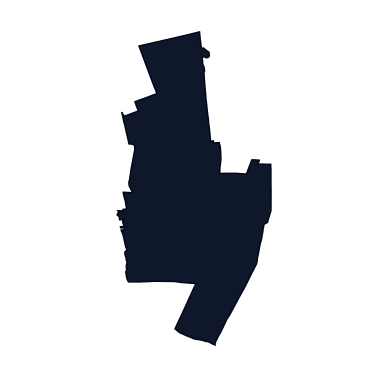 Botosesti-Paia, Dolj, Romania, rotated 257°
{"feature_id": "2599482B11798370536777", "entity_name": "Botosesti-Paia", "entity_type": "district", "adm_level": 2, "iso_a3": "ROU", "parent_name": "Romania", "parent_adm1": "Dolj", "projection": "orthographic", "projection_center": [23.228, 44.408], "detail": "fine", "context": "isolated", "style": "filled", "palette": "ink", "viewbox_px": 384, "rotation_deg": 257, "n_neighbors": 0, "source": "geoboundaries", "source_scale": "gbopen_adm2", "svg_char_len": 5992}
<svg xmlns="http://www.w3.org/2000/svg" viewBox="0 0 384 384"><g transform="rotate(257 192 192)"><path d="M346.3,235.3L346.1,215.0L346.2,173.2L323.9,176.1L302.6,178.9L301.4,179.2L295.7,179.9L292.8,156.7L289.8,157.0L286.7,157.4L283.0,158.0L281.3,145.2L281.2,144.5L281.1,144.0L281.0,143.3L280.9,142.8L281.8,142.9L284.0,141.8L284.3,141.9L284.7,141.9L285.0,141.7L285.7,141.4L283.5,141.5L280.6,141.5L278.8,141.4L277.2,141.4L275.2,141.4L271.7,141.6L269.7,141.5L264.0,141.5L259.0,141.5L255.4,141.5L254.1,141.4L252.9,141.5L252.7,142.9L252.3,143.9L251.8,144.8L251.4,145.5L250.1,146.5L246.3,145.9L244.3,145.0L236.6,141.6L234.3,140.6L227.0,137.4L223.8,136.2L218.4,134.1L217.4,133.6L216.2,132.9L215.6,132.7L215.0,132.6L213.4,132.3L212.2,132.2L210.9,132.5L208.3,133.1L206.5,133.6L204.5,134.3L204.6,134.2L207.2,124.9L206.3,124.8L203.8,124.8L201.5,124.8L198.9,124.9L197.8,125.0L197.0,124.9L194.8,124.7L194.2,124.7L193.8,124.7L192.9,124.7L191.7,124.6L190.3,124.6L190.2,124.4L190.5,120.9L189.0,120.8L190.4,115.6L189.7,115.9L189.1,115.8L188.8,115.6L188.6,115.6L188.4,116.2L188.4,116.4L188.3,116.6L188.2,116.6L188.2,116.3L188.3,116.0L188.3,115.7L188.2,115.3L188.1,115.2L187.9,115.2L187.7,115.2L187.4,114.4L186.9,114.0L186.4,114.0L185.8,114.3L185.5,114.9L184.9,115.2L184.1,115.4L183.1,115.4L181.8,115.4L181.3,115.2L181.1,116.3L181.0,116.7L180.8,117.9L180.7,119.0L180.4,118.7L179.0,117.8L178.0,117.8L177.0,117.8L176.1,117.9L175.4,118.1L174.5,118.1L173.5,118.0L173.8,117.2L174.0,116.2L174.2,114.5L172.9,114.6L172.6,117.9L170.6,117.6L170.7,114.4L169.2,114.6L169.2,115.1L169.1,115.7L168.8,115.8L168.3,115.1L167.7,114.9L166.1,115.1L165.0,115.2L163.9,115.2L163.2,115.2L162.8,115.2L162.3,115.2L161.7,115.2L160.5,115.2L159.8,115.1L159.6,115.2L159.2,115.2L158.8,115.2L158.3,115.2L157.8,115.1L157.3,115.1L156.8,115.1L156.5,115.1L156.0,115.2L155.8,115.2L155.4,115.2L154.8,115.1L154.2,115.1L153.5,115.1L152.8,115.1L152.3,115.2L151.9,115.4L151.4,115.7L151.0,115.9L150.7,115.8L150.2,115.4L149.7,114.6L149.3,114.0L148.8,113.5L148.6,113.2L148.1,113.0L147.5,112.9L146.7,112.7L145.9,112.7L145.5,112.7L145.1,112.8L144.7,112.8L144.2,112.8L143.8,112.8L143.3,113.0L142.8,113.1L142.6,113.0L142.4,112.9L142.0,112.8L141.3,112.7L140.9,112.7L140.5,112.6L140.2,112.7L139.9,112.8L139.6,112.9L139.4,113.1L139.1,113.3L138.9,113.4L138.7,113.4L138.6,113.2L138.4,113.0L138.1,112.7L137.7,112.6L137.2,112.5L136.9,112.4L136.6,112.2L136.2,111.9L134.9,111.5L134.1,111.3L133.2,111.1L132.6,111.0L131.8,110.9L131.1,110.7L130.4,110.6L129.5,110.3L129.0,110.1L129.0,109.8L129.1,109.5L128.0,109.4L127.6,109.4L126.9,109.4L126.4,109.3L125.3,109.2L124.8,109.2L124.1,109.1L123.4,109.1L122.7,109.1L122.3,109.2L121.8,109.2L121.5,109.2L121.1,109.3L120.8,109.4L120.5,109.5L120.3,109.5L119.9,109.6L119.6,109.6L119.4,109.6L119.2,109.7L118.9,109.8L118.7,110.0L118.6,110.3L118.5,110.5L118.5,110.9L118.4,111.4L118.2,112.1L118.0,112.8L117.8,113.9L117.6,114.6L117.5,115.2L117.3,115.9L117.2,116.5L117.0,117.3L116.8,118.1L116.7,118.8L116.5,119.4L116.4,119.9L116.2,120.5L116.1,120.9L116.1,121.2L116.0,121.6L115.9,122.3L115.9,122.8L115.7,123.3L115.6,124.1L115.5,124.7L115.2,125.9L115.1,126.5L115.0,126.9L114.9,127.4L114.8,127.7L114.8,127.8L113.7,134.4L108.9,154.3L106.0,162.1L104.1,168.2L101.9,175.2L101.6,175.1L100.7,174.3L98.6,172.6L96.5,171.0L95.2,170.0L93.0,168.3L91.1,166.8L89.1,165.3L87.4,164.0L85.5,162.6L84.0,161.4L81.8,159.8L79.8,158.2L77.8,156.6L76.1,155.3L74.4,154.0L72.4,152.4L70.6,151.0L69.0,149.8L67.9,148.9L67.1,148.3L66.0,147.4L64.6,146.3L63.5,145.5L62.5,144.7L61.6,145.4L60.3,146.3L58.9,147.4L58.2,147.8L57.8,148.2L57.1,149.2L56.4,150.1L56.0,150.7L55.5,151.4L54.7,152.3L54.1,153.1L53.5,153.9L53.1,154.4L52.8,154.9L52.4,155.5L51.9,156.2L51.1,157.4L50.4,158.4L50.0,159.0L49.5,159.6L48.9,160.3L48.4,161.2L48.0,162.2L47.7,162.6L47.3,163.4L47.1,164.0L47.0,164.5L47.0,165.0L46.9,165.4L46.4,165.9L46.1,166.3L46.0,166.8L45.6,167.7L45.5,168.1L45.1,168.9L44.7,169.6L44.3,170.1L44.0,170.5L43.8,170.9L43.7,171.1L43.4,171.7L43.1,172.4L42.9,173.2L42.4,174.1L41.7,175.2L41.2,175.8L40.7,176.2L40.4,176.6L40.1,177.0L39.8,177.3L39.5,177.6L39.2,178.1L38.2,179.4L37.7,180.0L39.3,180.4L40.2,180.9L41.5,181.9L43.7,183.8L46.0,185.5L48.5,188.0L52.8,191.5L55.6,193.7L60.6,197.7L61.8,199.0L62.9,200.2L67.1,204.0L73.9,210.0L78.1,213.6L85.3,220.1L89.8,224.0L93.9,227.4L98.9,231.4L104.4,236.1L107.5,238.7L109.1,239.5L111.0,240.2L112.5,240.6L113.9,241.3L115.8,242.2L119.2,243.7L122.5,245.1L124.9,246.2L127.2,247.2L128.7,248.2L131.3,249.5L132.4,249.9L135.1,251.1L138.9,252.6L139.8,252.8L140.9,253.4L141.9,253.9L142.7,254.2L143.4,254.5L144.0,254.5L144.2,254.9L144.3,255.0L144.5,255.4L144.7,256.1L145.2,257.8L145.5,258.8L147.9,260.0L149.5,260.9L150.8,261.7L153.0,262.9L154.1,263.6L154.7,263.9L155.7,264.6L156.5,264.8L166.6,267.2L177.8,269.8L181.7,270.6L195.1,273.7L201.3,274.9L202.2,271.0L204.4,262.8L206.3,263.1L206.4,263.9L206.8,264.3L207.6,264.5L208.0,264.5L208.5,262.3L208.8,261.4L209.0,261.0L209.2,260.3L209.8,257.5L197.3,249.1L198.1,246.1L200.5,238.3L203.4,225.3L203.9,223.3L208.7,224.4L216.4,227.2L217.5,227.6L219.1,227.9L219.5,227.9L224.9,229.0L226.4,229.2L229.2,229.6L230.5,229.7L234.0,229.6L234.5,226.8L234.8,224.0L237.0,224.3L237.2,221.4L238.6,221.7L239.8,221.8L240.5,221.9L242.6,222.3L244.4,222.5L246.3,222.7L248.0,222.9L249.9,223.2L250.9,223.3L251.4,223.3L252.2,223.5L252.9,223.5L253.5,223.5L254.3,223.5L255.2,223.6L256.3,223.8L258.3,224.2L260.0,224.4L262.8,224.6L268.5,225.2L270.7,225.5L273.1,225.8L275.4,226.1L276.8,226.2L277.2,226.3L279.3,226.5L282.6,227.0L283.0,227.1L285.3,227.4L286.1,227.5L286.7,227.6L289.7,228.0L291.8,228.3L294.3,228.7L295.0,228.8L296.1,229.0L297.2,229.1L299.8,229.5L302.2,229.9L305.5,230.4L306.3,231.0L307.1,231.4L307.7,231.5L308.4,231.6L309.6,231.7L311.2,231.8L312.0,231.7L313.1,231.4L314.5,231.2L316.6,231.7L318.3,231.9L321.3,232.1L320.5,235.6L319.7,235.8L319.4,237.9L319.8,238.5L320.8,239.6L324.5,239.9L327.2,237.4L329.6,235.8L329.8,234.1L330.7,233.6L332.6,233.7L338.3,234.3L346.3,235.3Z" fill="#0f172a" stroke="#020617" stroke-width="1.5"/></g></svg>